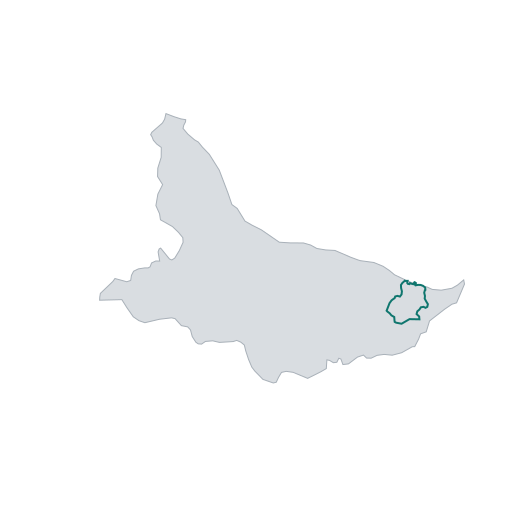 Edineţ highlighted on a map of Moldova, rotated 143°
{"feature_id": "MDA-1615", "entity_name": "Edineţ", "entity_type": "District", "adm_level": 1, "iso_a3": "MDA", "parent_name": "Moldova", "parent_adm1": "", "projection": "equal_earth", "projection_center": [27.238, 48.122], "detail": "fine", "context": "in_parent", "style": "outline", "palette": "teal", "viewbox_px": 512, "rotation_deg": 143, "n_neighbors": 0, "source": "natural_earth", "source_scale": "10m", "svg_char_len": 2773}
<svg xmlns="http://www.w3.org/2000/svg" viewBox="0 0 512 512"><g transform="rotate(143 256 256)"><path d="M104.5,111.9L106.4,108.1L124.0,97.9L128.6,99.6L137.8,100.0L156.5,99.7L165.7,93.0L171.4,94.8L176.1,91.8L183.8,88.1L184.9,88.9L185.9,89.5L197.9,91.1L206.9,94.8L212.9,100.3L219.1,103.8L225.5,105.1L229.1,107.9L229.8,112.2L235.8,114.2L247.1,114.2L251.9,117.0L250.2,122.6L251.4,124.5L255.4,122.5L258.4,124.2L260.1,128.4L261.9,130.4L267.6,123.8L273.7,124.5L288.4,127.2L296.4,140.8L301.3,145.7L305.7,147.7L311.1,145.5L315.8,143.0L318.6,144.2L324.7,153.2L326.2,165.0L326.2,169.8L324.2,177.8L321.3,186.4L318.9,191.9L320.0,196.4L322.2,200.2L325.7,201.4L337.2,209.0L341.6,214.3L347.8,218.2L352.5,218.4L355.0,220.6L355.9,223.3L355.4,230.0L352.8,236.4L353.2,240.5L357.5,245.3L358.0,251.0L358.3,254.6L360.6,257.4L371.2,263.6L384.9,269.6L388.4,274.8L390.6,281.3L390.2,292.3L389.4,301.9L407.5,314.8L405.5,317.2L402.8,319.8L385.7,321.8L382.2,322.9L374.7,313.2L370.8,311.9L367.1,315.5L362.9,317.5L357.7,316.5L352.1,313.5L349.3,311.4L347.1,311.1L343.6,313.3L339.0,312.3L336.0,309.9L331.7,318.2L329.1,319.9L327.4,319.7L326.9,305.7L325.6,303.5L322.2,303.2L313.9,306.5L306.0,310.8L303.4,314.7L303.7,321.6L305.0,329.8L310.5,342.4L307.6,347.8L305.6,356.5L297.1,364.5L287.6,369.2L286.8,378.7L281.5,385.3L272.4,391.8L266.3,399.7L267.9,405.1L268.3,410.2L267.3,413.7L267.1,416.3L264.7,417.5L250.7,418.5L246.7,420.2L242.2,423.9L237.8,416.8L233.4,410.6L230.1,407.2L231.5,405.6L235.0,403.9L237.5,401.8L237.1,394.4L235.2,385.8L233.5,381.7L233.3,375.3L232.1,365.2L233.7,346.6L240.5,323.2L244.3,311.6L242.4,305.3L243.8,290.5L240.7,283.2L236.0,273.7L229.1,253.0L220.7,245.8L210.3,237.9L205.8,231.9L202.9,225.4L196.7,218.9L189.6,212.9L181.1,198.0L176.8,191.3L175.4,189.4L165.8,179.9L160.7,171.3L158.2,164.2L156.7,157.7L150.0,144.8L143.8,135.1L138.0,128.2L135.4,123.3L128.6,117.2L118.9,112.3L112.6,111.5L104.5,111.9Z" fill="#d9dde1" stroke="#a8b0b8" stroke-width="1"/><path d="M145.2,139.7L145.0,139.4L144.8,139.0L144.7,138.6L144.6,138.1L146.3,137.4L146.3,136.6L144.1,135.5L142.0,133.9L140.6,131.8L139.9,129.2L140.1,128.5L141.0,127.5L141.1,127.0L141.9,126.9L143.8,125.4L145.1,122.4L146.9,120.5L147.4,117.4L147.7,114.1L149.8,112.3L151.8,112.6L152.8,114.6L155.2,115.8L157.7,114.9L160.5,114.7L162.7,113.0L162.1,109.5L163.6,107.1L171.4,113.2L180.5,114.3L184.2,118.4L184.9,119.9L184.3,121.0L182.3,124.1L183.6,127.1L183.7,129.8L184.5,132.6L184.6,133.7L177.7,138.0L174.4,139.0L172.5,139.0L170.7,138.9L169.2,139.9L167.0,139.0L165.5,137.0L162.9,137.7L160.7,140.0L159.4,143.1L157.7,145.6L155.3,146.4L152.9,146.6L152.2,146.7L152.2,146.4L151.7,146.2L149.9,144.9L150.9,144.1L151.5,143.2L151.4,142.2L150.4,141.2L149.3,141.7L148.5,140.3L147.4,138.9L145.2,139.7Z" fill="none" stroke="#0f766e" stroke-width="2"/></g></svg>